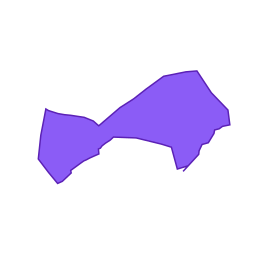 Barh-El-Gazel Sud, Barh El Gazel, Chad (Albers equal-area conic projection), rotated 318°
{"feature_id": "50815135B11223303174297", "entity_name": "Barh-El-Gazel Sud", "entity_type": "district", "adm_level": 2, "iso_a3": "TCD", "parent_name": "Chad", "parent_adm1": "Barh El Gazel", "projection": "albers", "projection_center": [16.372, 13.697], "detail": "fine", "context": "isolated", "style": "filled", "palette": "violet", "viewbox_px": 256, "rotation_deg": 318, "n_neighbors": 0, "source": "geoboundaries", "source_scale": "gbopen_adm2", "svg_char_len": 809}
<svg xmlns="http://www.w3.org/2000/svg" viewBox="0 0 256 256"><g transform="rotate(318 128 128)"><path d="M217.4,131.7L208.6,125.0L189.1,113.4L167.7,111.2L151.6,110.1L135.8,107.5L107.8,106.8L107.8,106.7L107.5,105.2L106.9,99.6L102.5,90.6L102.1,90.2L93.9,80.2L89.7,75.6L85.6,70.4L80.6,61.9L79.7,58.9L71.8,64.9L58.3,75.1L40.6,91.0L39.2,107.9L38.6,122.1L43.5,123.7L55.7,123.4L57.0,121.2L62.9,121.8L68.9,122.4L73.2,122.9L75.5,123.7L79.5,124.7L84.5,126.3L89.0,127.8L92.0,123.8L94.0,124.5L96.7,123.9L101.1,124.2L106.7,125.1L111.1,125.0L127.4,140.8L142.1,162.4L147.4,171.3L137.2,191.5L147.3,196.3L139.9,197.1L162.9,194.9L165.6,192.5L172.0,189.8L177.8,192.7L188.2,189.6L191.1,187.4L195.2,189.6L199.3,190.0L205.8,193.8L214.3,181.5L213.5,157.6L217.4,131.7Z" fill="#8b5cf6" stroke="#5b21b6" stroke-width="1.5"/></g></svg>